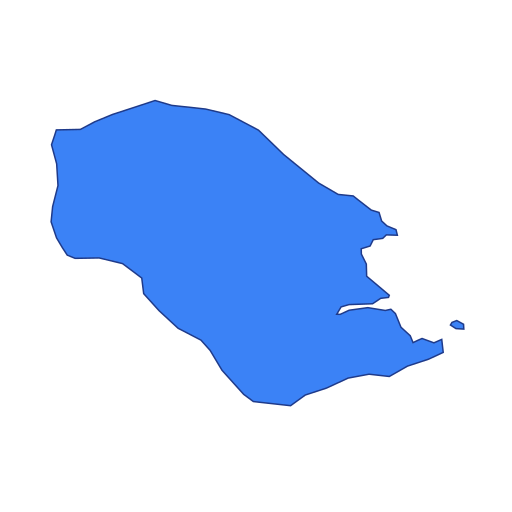 the district of Hamhung City, Hamgyŏng-namdo, North Korea, rotated 275°
{"feature_id": "82179303B86824596043159", "entity_name": "Hamhung City", "entity_type": "district", "adm_level": 2, "iso_a3": "PRK", "parent_name": "North Korea", "parent_adm1": "Hamgyŏng-namdo", "projection": "orthographic", "projection_center": [127.611, 39.908], "detail": "fine", "context": "isolated", "style": "filled", "palette": "blue", "viewbox_px": 512, "rotation_deg": 275, "n_neighbors": 0, "source": "geoboundaries", "source_scale": "gbopen_adm2", "svg_char_len": 1262}
<svg xmlns="http://www.w3.org/2000/svg" viewBox="0 0 512 512"><g transform="rotate(275 256 256)"><path d="M398.5,168.8L398.7,158.9L402.1,141.9L393.3,121.4L384.6,100.9L375.7,83.7L366.8,70.0L364.2,46.1L359.1,45.0L349.0,42.6L330.4,49.4L308.9,52.6L287.5,49.1L272.2,48.9L256.7,55.7L247.4,62.4L240.4,67.9L237.9,76.0L240.4,99.9L236.8,123.7L224.1,144.1L208.7,147.4L193.0,164.3L177.2,184.7L167.4,208.5L157.9,218.6L139.2,232.1L126.6,245.6L117.1,255.8L110.8,266.0L110.6,272.8L109.9,303.5L121.8,317.2L130.6,337.8L142.4,358.4L148.1,378.9L147.6,399.3L159.5,416.5L168.3,437.0L176.3,450.9L189.1,448.3L185.0,440.8L188.3,428.6L186.3,424.9L183.4,420.0L190.0,416.6L197.7,406.6L210.8,399.9L214.7,395.0L213.0,389.6L214.3,371.9L210.1,353.5L205.2,344.9L205.0,341.5L212.7,345.2L215.7,352.9L218.6,376.3L224.7,383.9L226.3,391.6L228.5,392.2L230.1,389.9L245.5,368.0L257.6,366.6L267.1,360.8L272.4,360.2L275.9,368.8L282.5,371.4L284.6,380.7L288.4,384.0L289.0,395.0L294.4,393.2L297.4,383.8L301.8,378.1L310.1,374.8L311.8,366.8L320.9,352.7L324.3,347.6L324.5,332.5L334.1,312.1L359.5,274.7L381.6,247.5L394.5,216.9L398.0,193.0L398.4,176.0L398.5,168.8ZM206.1,468.7L209.2,461.6L206.9,457.0L204.2,455.7L201.1,461.5L201.3,469.4L206.1,468.7Z" fill="#3b82f6" stroke="#1e3a8a" stroke-width="1.5"/></g></svg>